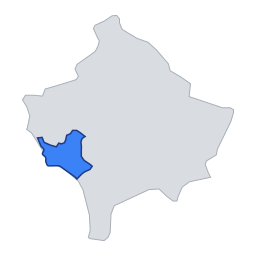 location of Đakovica within Kosovo
{"feature_id": "KOS-5890", "entity_name": "Đakovica", "entity_type": "District", "adm_level": 1, "iso_a3": "XKX", "parent_name": "Kosovo", "parent_adm1": "", "projection": "equal_earth", "projection_center": [20.354, 42.389], "detail": "fine", "context": "in_parent", "style": "filled", "palette": "blue", "viewbox_px": 256, "rotation_deg": 0, "n_neighbors": 0, "source": "natural_earth", "source_scale": "10m", "svg_char_len": 1522}
<svg xmlns="http://www.w3.org/2000/svg" viewBox="0 0 256 256"><path d="M61.0,84.4L76.2,79.6L78.4,76.2L75.0,69.0L77.0,64.4L95.2,51.5L98.2,45.6L99.3,41.0L96.8,36.2L93.4,28.5L95.0,25.3L104.5,20.9L112.1,15.8L116.7,15.4L119.5,19.0L119.5,22.9L122.1,29.3L127.7,32.8L137.1,38.4L148.1,42.3L156.6,50.1L168.4,63.9L170.2,70.8L180.7,76.9L190.5,83.8L189.1,96.6L222.5,107.8L230.0,107.7L233.5,109.7L233.5,112.6L230.9,121.5L217.4,149.1L216.3,154.9L206.5,160.9L205.2,164.3L208.0,172.0L210.6,177.3L210.4,177.3L189.4,181.8L182.3,187.0L178.2,196.2L176.9,201.0L173.1,201.1L166.9,196.4L159.1,189.0L148.9,189.6L114.3,205.7L111.0,214.1L110.2,232.5L107.9,237.5L104.2,240.6L89.8,238.6L88.3,237.4L90.2,230.4L89.4,215.0L82.9,189.5L78.3,181.2L68.9,172.9L61.5,167.5L48.3,162.6L41.5,148.7L31.5,132.9L26.6,129.3L27.4,127.7L29.8,115.8L26.9,107.1L22.5,99.7L25.5,95.2L34.8,95.3L42.4,96.1L45.2,89.0L61.0,84.4Z" fill="#d9dde1" stroke="#a8b0b8" stroke-width="1"/><path d="M49.4,165.9L47.9,165.7L46.9,164.6L45.9,162.0L45.7,160.8L45.9,158.7L45.6,157.4L44.9,156.5L43.0,154.9L42.4,153.9L42.6,152.8L43.8,151.0L43.9,149.6L43.3,148.4L41.6,146.9L40.9,145.9L37.5,137.9L42.1,137.4L44.0,142.3L50.6,145.2L56.3,146.8L58.8,143.1L61.3,143.9L64.5,142.7L65.7,139.8L66.7,135.3L70.4,133.7L72.6,130.4L76.7,130.4L80.5,132.9L85.1,136.5L82.2,138.4L80.9,141.8L81.4,146.2L81.3,151.3L81.3,156.3L84.1,160.4L88.0,163.0L90.0,164.3L92.2,166.2L90.0,169.4L84.5,171.9L81.9,173.9L76.9,179.0L74.8,176.8L59.7,166.0L57.8,165.7L49.4,165.9Z" fill="#3b82f6" stroke="#1e3a8a" stroke-width="1.5"/></svg>